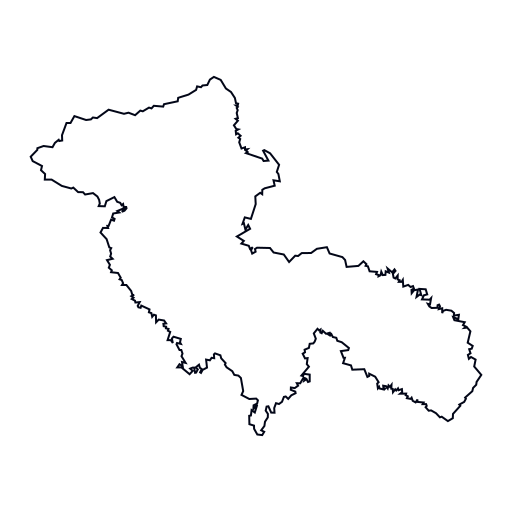 Alfred Nzo, Eastern Cape, South Africa
{"feature_id": "47623444B30321887561170", "entity_name": "Alfred Nzo", "entity_type": "district", "adm_level": 2, "iso_a3": "ZAF", "parent_name": "South Africa", "parent_adm1": "Eastern Cape", "projection": "natural_earth1", "projection_center": [29.551, -30.65], "detail": "fine", "context": "isolated", "style": "outline", "palette": "ink", "viewbox_px": 512, "rotation_deg": 0, "n_neighbors": 0, "source": "geoboundaries", "source_scale": "gbopen_adm2", "svg_char_len": 6080}
<svg xmlns="http://www.w3.org/2000/svg" viewBox="0 0 512 512"><path d="M342.4,257.1L329.6,253.5L326.9,247.2L316.9,248.8L311.1,253.0L301.7,253.1L298.1,256.0L295.2,255.7L289.1,262.0L283.8,254.5L273.6,252.5L270.0,248.0L257.1,247.7L255.0,249.0L255.6,251.7L252.2,253.6L251.0,250.1L252.7,247.3L250.0,248.9L248.8,245.8L241.4,243.6L243.8,240.9L236.9,236.5L250.1,228.8L248.2,225.0L245.4,229.6L243.9,223.3L242.5,223.9L244.8,217.4L250.9,218.9L255.7,204.1L255.3,196.4L260.2,192.8L262.2,194.2L262.3,189.8L264.7,188.3L274.7,185.7L273.5,180.3L279.8,181.3L278.4,174.0L276.8,171.9L279.1,164.8L270.1,153.3L264.3,150.1L263.1,150.7L268.4,160.6L263.6,161.0L262.2,158.6L246.0,153.1L247.6,152.0L246.0,150.6L247.5,149.2L245.0,149.5L245.0,147.3L241.5,148.5L239.2,142.3L240.2,139.0L238.4,137.7L240.6,135.8L237.8,133.3L236.1,134.3L235.7,130.8L238.3,129.4L236.3,129.0L233.9,125.3L237.9,120.7L235.6,118.8L237.9,118.1L236.7,113.0L237.7,110.1L236.7,108.0L237.8,106.9L236.0,105.5L237.7,105.5L238.1,103.7L236.0,103.2L234.9,98.0L231.0,92.0L225.9,88.5L220.7,79.9L213.9,76.9L209.9,79.6L207.3,85.0L202.5,85.5L201.0,87.2L197.1,86.4L196.1,89.9L188.5,94.6L178.2,97.8L177.7,101.3L164.0,104.2L163.2,106.6L153.8,105.8L151.5,108.4L149.0,107.6L142.8,111.3L140.3,110.6L135.1,115.2L128.5,112.7L124.0,113.8L108.6,109.7L97.1,118.1L92.9,117.5L90.9,119.4L86.1,120.0L74.4,116.1L70.5,123.0L66.5,123.0L62.0,135.2L62.2,140.5L59.3,141.0L58.7,139.8L54.9,142.9L52.5,147.2L43.6,146.0L37.4,148.2L37.3,149.9L30.7,156.7L32.7,161.1L42.0,166.0L41.0,170.2L45.1,174.0L44.8,179.6L51.6,179.6L61.8,185.9L71.3,188.5L73.3,187.6L78.1,192.1L83.0,192.2L85.1,194.5L93.0,193.1L97.4,196.5L99.1,199.8L99.8,203.5L98.7,206.1L104.8,206.3L106.4,201.1L114.4,197.1L117.2,201.8L120.2,202.8L121.6,205.2L123.1,204.0L123.6,206.9L126.2,207.0L126.5,208.3L124.5,210.7L121.9,211.8L125.3,207.7L117.3,211.0L119.2,212.5L113.2,213.5L112.0,217.4L114.6,218.9L114.0,220.7L111.1,219.6L108.6,225.9L107.4,225.9L108.1,228.0L103.0,227.9L100.5,232.5L106.6,239.1L109.3,247.4L111.2,248.1L110.1,250.2L111.1,253.6L110.2,256.5L112.6,258.8L107.0,260.1L109.9,264.8L108.8,267.7L111.8,270.3L111.1,272.2L118.0,273.0L120.7,277.7L119.6,279.3L121.7,280.0L123.1,283.2L122.0,285.0L126.4,285.0L131.2,291.0L132.4,295.2L134.2,294.8L131.4,296.2L133.5,297.7L131.8,299.0L135.0,300.7L135.4,302.5L139.7,302.1L137.7,305.9L138.4,307.3L140.6,307.8L141.3,305.6L149.5,309.4L148.9,312.3L151.4,313.1L152.2,316.8L153.9,314.7L155.9,315.4L156.1,322.3L158.7,319.6L164.1,320.5L166.1,323.4L163.4,323.8L163.7,326.2L166.1,326.7L165.9,328.3L168.5,328.9L167.9,330.7L170.2,331.9L167.6,340.1L170.8,340.1L172.8,343.0L171.9,338.5L173.5,336.7L180.8,338.9L180.0,342.3L180.9,343.9L177.0,343.0L176.5,344.3L179.5,350.0L181.3,350.0L182.5,353.6L181.5,356.2L185.6,362.9L182.0,362.0L182.7,366.3L179.5,364.2L177.3,367.4L181.4,367.4L189.6,374.2L192.7,370.9L190.2,368.6L192.7,367.6L194.1,367.6L195.1,372.8L196.1,372.6L197.8,369.4L195.7,367.4L199.0,364.7L199.9,367.8L201.8,369.1L200.1,372.3L201.0,372.9L202.6,369.9L207.0,367.6L206.1,359.6L209.9,360.3L211.6,357.8L214.2,358.2L213.9,354.4L215.0,353.4L220.4,355.3L221.2,358.3L225.6,363.1L224.9,364.6L226.6,367.3L232.3,371.2L234.3,374.9L238.4,375.6L240.9,378.0L243.2,391.1L241.5,394.9L249.3,399.0L256.2,398.6L257.9,400.3L257.1,403.6L253.6,405.3L253.4,408.9L257.2,404.8L254.8,412.5L251.6,410.1L250.9,415.5L249.2,415.8L249.4,424.2L254.0,425.6L254.1,428.8L257.3,434.5L262.2,435.1L264.2,431.8L261.2,430.3L264.4,426.0L265.0,421.7L267.8,417.4L267.9,413.9L265.7,410.6L266.6,406.6L268.4,406.3L271.2,412.6L274.5,412.7L274.2,408.1L276.0,403.2L279.0,404.0L282.0,401.8L283.9,396.9L285.7,396.5L288.2,398.9L291.3,395.3L295.6,393.2L295.3,391.6L290.8,389.8L290.9,387.5L294.7,388.1L298.1,385.7L296.8,383.2L300.2,383.3L303.5,377.7L305.0,378.2L304.3,380.6L306.5,379.1L308.0,382.0L309.7,381.4L309.7,374.6L303.8,373.8L303.1,376.1L301.4,375.6L308.9,366.7L306.8,364.1L307.6,358.1L305.0,358.4L302.7,353.7L305.0,352.3L304.6,349.7L308.9,347.9L309.7,343.8L313.3,343.4L314.7,341.6L315.8,338.7L313.8,333.4L317.5,328.8L319.1,330.4L320.5,329.5L320.3,332.5L321.7,333.2L322.8,330.8L326.1,333.8L330.6,332.5L328.4,334.5L330.1,335.6L331.4,334.2L332.8,337.0L336.3,337.8L337.3,340.8L341.7,342.2L348.9,348.0L348.2,350.1L340.9,351.1L343.5,357.8L344.9,357.8L343.1,363.2L351.0,365.4L352.3,369.7L364.3,369.2L367.4,376.9L369.2,376.0L369.2,373.7L375.2,376.7L378.6,382.2L377.2,383.6L377.9,388.3L379.1,386.8L379.6,388.5L384.2,389.6L385.1,388.6L383.4,387.7L383.2,385.7L386.1,386.2L387.7,388.5L388.5,385.4L389.9,386.9L391.5,384.8L391.3,388.7L392.7,388.9L393.0,392.2L395.2,389.3L396.2,390.5L398.0,388.4L398.6,390.2L401.9,389.1L402.2,392.1L400.2,393.7L406.1,393.6L405.6,395.1L407.8,396.3L406.9,398.2L410.6,398.9L411.6,397.7L412.7,400.8L415.6,402.4L417.5,399.5L417.3,401.9L423.6,402.5L422.7,404.1L426.1,404.1L426.7,405.9L425.6,407.2L428.7,410.7L431.1,410.4L436.0,413.2L439.9,417.3L441.7,416.7L447.9,421.1L452.8,418.2L453.0,413.9L460.3,405.8L459.3,404.6L464.2,401.9L465.9,398.7L465.1,397.6L472.3,391.2L473.1,387.9L476.2,384.8L476.6,381.9L481.3,374.9L474.2,366.5L475.6,359.6L471.0,357.0L468.9,358.8L467.9,354.9L470.5,353.3L469.2,349.2L471.7,348.7L472.7,345.9L467.7,342.7L470.4,331.3L467.2,327.6L464.5,327.9L466.0,326.6L463.0,325.1L464.7,322.2L454.4,320.2L453.2,317.2L458.3,319.1L458.9,314.8L453.8,315.6L454.1,313.0L451.4,310.7L446.1,309.8L443.1,310.9L442.2,313.1L442.2,308.3L438.9,309.1L440.0,306.3L439.1,304.6L437.6,305.2L437.4,307.8L431.6,308.0L429.3,306.4L427.8,303.8L430.0,304.4L431.1,298.1L429.6,299.7L422.0,299.4L423.9,295.3L427.2,294.4L425.7,289.3L419.6,288.9L421.3,295.2L419.6,294.6L416.5,297.0L418.0,289.5L414.0,290.3L411.7,293.2L411.5,289.9L413.9,288.5L413.0,286.1L410.6,287.0L408.2,284.9L403.3,286.6L402.8,279.9L401.6,281.9L398.8,281.9L399.7,280.3L397.6,279.4L397.7,275.5L395.3,278.5L393.6,277.6L392.9,273.9L395.5,270.9L394.5,269.4L392.1,272.3L387.6,268.5L388.9,272.6L385.7,271.3L385.4,274.9L382.8,275.1L381.3,271.7L380.6,275.2L378.5,276.3L378.6,275.0L376.1,274.2L377.0,271.9L369.6,271.3L367.9,266.3L365.6,265.8L366.4,264.1L363.4,261.3L358.4,265.9L346.6,266.9L345.1,260.0L342.4,257.1Z" fill="none" stroke="#020617" stroke-width="2"/></svg>